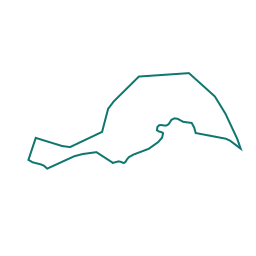 outline of Arta, rotated 166°
{"feature_id": "DJI-1568", "entity_name": "Arta", "entity_type": "Region", "adm_level": 1, "iso_a3": "DJI", "parent_name": "Djibouti", "parent_adm1": "", "projection": "mercator", "projection_center": [42.782, 11.46], "detail": "fine", "context": "isolated", "style": "outline", "palette": "teal", "viewbox_px": 256, "rotation_deg": 166, "n_neighbors": 0, "source": "natural_earth", "source_scale": "10m", "svg_char_len": 766}
<svg xmlns="http://www.w3.org/2000/svg" viewBox="0 0 256 256"><g transform="rotate(166 128 128)"><path d="M232.3,121.2L219.9,140.7L196.4,126.5L188.9,123.5L154.1,130.5L142.6,151.5L135.2,157.4L105.0,175.3L55.6,166.5L36.1,137.6L30.0,118.3L24.6,90.9L23.7,80.7L32.1,91.1L35.8,94.0L63.5,106.7L63.7,112.5L65.0,117.5L72.9,120.6L77.6,124.9L80.5,126.1L83.8,125.5L87.6,121.9L90.3,121.1L92.4,121.7L94.6,122.7L96.9,123.2L99.1,122.0L100.5,118.9L98.8,117.1L96.4,115.8L95.2,114.5L97.3,110.4L102.0,107.1L112.9,102.8L129.1,100.9L134.2,99.5L136.7,97.7L138.6,95.7L140.6,95.0L143.2,96.9L145.2,97.9L151.3,97.8L151.6,98.4L164.5,112.2L178.2,113.7L187.0,113.6L215.3,108.3L216.2,108.1L218.7,111.8L221.4,113.8L228.9,117.8L232.3,121.2Z" fill="none" stroke="#0f766e" stroke-width="2"/></g></svg>